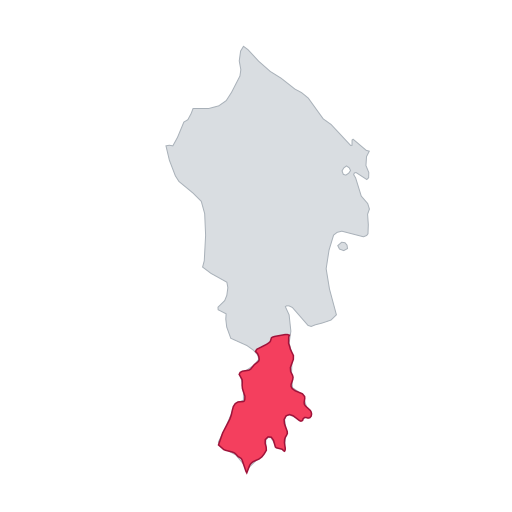 Armenia, with Syunik highlighted, rotated 48°
{"feature_id": "ARM-1732", "entity_name": "Syunik", "entity_type": "Province", "adm_level": 1, "iso_a3": "ARM", "parent_name": "Armenia", "parent_adm1": "", "projection": "robinson", "projection_center": [46.179, 39.357], "detail": "fine", "context": "in_parent", "style": "filled", "palette": "rose", "viewbox_px": 512, "rotation_deg": 48, "n_neighbors": 0, "source": "natural_earth", "source_scale": "10m", "svg_char_len": 3530}
<svg xmlns="http://www.w3.org/2000/svg" viewBox="0 0 512 512"><g transform="rotate(48 256 256)"><path d="M228.5,303.1L224.9,297.6L206.9,279.6L190.2,265.8L178.8,260.1L167.2,260.7L149.1,263.4L142.5,262.3L126.9,256.3L113.9,249.2L115.7,246.3L118.5,244.1L115.3,234.9L108.2,220.0L109.1,215.4L106.8,209.0L104.3,204.1L114.7,192.5L119.5,183.2L120.6,174.1L118.0,164.6L111.5,147.5L107.4,142.6L99.8,137.9L93.4,130.3L91.8,125.0L97.3,123.9L113.1,123.7L128.5,121.9L140.6,118.4L158.0,115.4L165.2,112.8L173.6,111.5L199.1,114.3L208.6,112.2L237.2,111.7L238.0,110.6L234.1,107.0L234.2,105.7L251.2,103.4L253.9,101.7L256.1,107.4L262.4,113.8L269.4,116.3L273.2,119.9L273.3,122.5L260.9,125.8L260.1,127.4L260.9,129.0L264.6,129.7L281.9,137.7L291.8,137.9L297.0,140.3L299.6,145.1L307.9,151.6L314.4,157.9L314.8,160.1L313.6,163.3L295.0,175.6L292.7,179.9L292.4,184.4L300.5,197.8L312.4,212.4L329.7,223.5L353.5,235.6L353.8,243.1L350.0,251.9L346.8,258.0L345.3,262.1L342.4,263.8L318.6,263.4L315.0,264.9L313.5,266.6L313.3,268.1L321.9,270.8L335.2,280.4L342.9,289.7L350.9,293.7L359.8,301.2L367.0,308.1L378.2,317.0L390.7,314.1L407.4,322.0L408.1,327.4L407.1,332.2L396.6,337.5L395.3,339.7L395.3,341.5L396.7,344.1L402.9,348.4L410.1,354.8L418.3,364.4L414.7,367.2L407.1,367.6L401.1,366.4L399.0,368.4L399.1,371.5L406.9,378.8L408.4,384.1L408.1,393.2L408.5,404.8L390.4,404.1L374.9,409.7L369.1,408.5L365.2,398.7L361.9,390.7L352.1,370.2L354.7,361.8L349.3,356.9L336.0,348.2L332.7,344.6L334.5,339.6L335.8,330.6L334.6,323.2L331.0,321.0L324.5,320.9L316.4,322.7L300.3,329.8L289.2,325.3L282.7,320.7L279.0,316.9L270.6,320.1L268.6,318.5L268.2,309.1L265.7,304.0L260.7,298.1L256.0,295.2L238.8,301.1L228.5,303.1ZM256.0,135.1L256.5,131.7L255.8,128.6L253.0,127.7L249.6,128.5L249.3,131.9L250.3,135.1L253.8,136.5L256.0,135.1ZM310.7,187.2L306.7,189.3L303.0,188.3L303.1,183.1L305.7,181.0L308.8,181.1L311.7,183.0L310.7,187.2Z" fill="#d9dde1" stroke="#a8b0b8" stroke-width="1"/><path d="M337.2,284.2L338.0,285.8L342.7,290.2L345.0,291.2L348.4,292.9L355.0,294.8L357.8,297.4L361.9,305.1L365.1,307.6L369.1,308.7L370.9,309.6L372.4,311.4L374.9,315.8L376.4,317.2L378.7,317.8L382.3,317.1L389.5,313.7L393.0,313.9L394.5,315.1L397.0,318.2L398.6,319.3L400.6,319.6L407.2,319.0L408.9,319.4L410.6,320.4L411.9,322.1L412.2,324.2L411.3,325.8L409.8,326.7L408.6,327.8L408.5,329.9L409.3,331.2L409.2,332.4L408.5,333.4L407.2,333.9L399.5,335.3L396.2,337.2L394.9,340.5L396.3,344.5L399.7,347.1L407.3,350.2L408.9,351.5L409.7,353.4L410.3,355.4L411.3,357.3L413.8,359.8L418.3,362.8L419.0,363.4L419.7,364.2L419.8,364.5L420.2,365.4L419.3,365.8L417.1,365.9L412.2,369.2L410.9,369.4L404.6,366.3L400.9,365.9L398.5,368.0L398.6,371.9L401.3,374.5L404.8,376.3L407.3,378.3L408.6,382.5L409.2,386.1L408.9,389.7L407.5,393.7L407.5,394.1L407.3,394.5L406.9,396.0L406.8,397.6L406.9,399.2L407.3,400.7L411.0,408.0L409.1,407.5L398.2,402.8L396.7,402.5L395.6,402.7L393.1,403.5L389.0,403.6L387.6,403.9L385.6,404.9L380.1,408.6L378.3,409.5L371.3,410.3L365.2,399.2L359.8,384.8L357.6,380.7L354.9,377.0L352.7,373.6L351.8,370.2L352.4,367.0L354.9,363.8L355.6,363.0L355.9,362.0L355.6,361.1L354.9,360.1L352.8,358.1L346.8,355.4L345.3,354.7L342.8,352.8L340.8,350.8L338.7,349.1L332.7,347.7L332.5,347.1L331.9,345.7L332.5,343.2L336.1,337.7L336.5,335.7L335.6,329.9L335.9,326.6L335.9,324.4L335.0,322.8L332.6,321.2L329.7,320.2L327.3,320.2L326.7,320.3L326.6,320.1L326.1,318.8L326.0,318.3L325.9,317.6L328.7,307.3L329.1,304.6L329.1,302.6L327.1,299.2L327.4,297.8L328.3,295.9L333.8,287.0L335.4,285.2L337.2,284.2Z" fill="#f43f5e" stroke="#9f1239" stroke-width="1.5"/></g></svg>